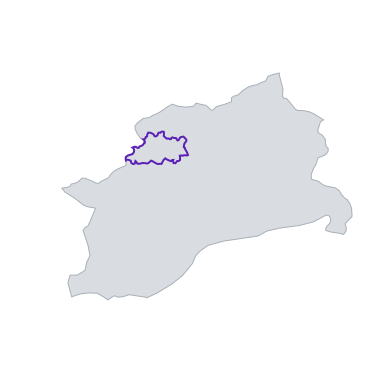 where Haskovo sits in Bulgaria, rotated 161°
{"feature_id": "BGR-2232", "entity_name": "Haskovo", "entity_type": "Province", "adm_level": 1, "iso_a3": "BGR", "parent_name": "Bulgaria", "parent_adm1": "", "projection": "natural_earth1", "projection_center": [25.843, 41.878], "detail": "fine", "context": "in_parent", "style": "outline", "palette": "violet", "viewbox_px": 384, "rotation_deg": 161, "n_neighbors": 0, "source": "natural_earth", "source_scale": "10m", "svg_char_len": 3914}
<svg xmlns="http://www.w3.org/2000/svg" viewBox="0 0 384 384"><g transform="rotate(161 192 192)"><path d="M313.8,238.0L307.4,237.0L305.1,237.3L303.7,238.8L300.7,238.5L297.0,238.5L293.1,240.2L291.0,240.9L288.1,239.4L282.8,234.7L279.5,231.4L277.1,230.6L274.7,231.6L266.0,232.7L264.0,234.6L260.0,236.7L256.0,237.7L250.2,238.4L247.2,238.3L245.5,239.3L244.1,242.4L243.1,245.4L242.3,246.6L235.1,248.1L233.5,249.8L233.1,251.5L233.2,253.2L227.5,251.5L223.0,252.6L222.0,253.9L221.1,255.8L221.6,257.7L223.2,259.7L224.8,264.9L225.3,270.1L224.4,273.0L221.1,275.1L214.3,277.4L207.7,276.3L204.7,277.2L199.9,277.5L195.3,278.2L188.4,280.3L182.2,281.5L176.5,277.2L169.9,274.2L162.9,272.5L160.4,273.8L159.4,274.8L153.5,271.0L150.9,269.6L149.7,268.1L147.2,263.0L145.8,262.8L141.0,264.7L136.3,264.6L133.5,264.3L125.2,264.5L124.1,268.0L123.0,268.5L121.2,269.0L116.8,268.8L111.1,271.4L105.0,272.9L100.3,273.0L95.4,272.2L92.5,272.8L86.2,273.1L82.1,276.8L75.9,276.6L70.7,276.0L71.3,274.8L72.5,259.8L75.2,253.1L75.1,251.8L74.6,250.7L72.3,249.7L70.7,246.0L67.3,236.6L65.4,234.6L60.0,232.6L55.3,229.9L51.4,226.3L44.1,217.4L47.9,216.5L49.0,214.7L52.8,209.8L53.2,207.4L52.8,206.0L50.4,203.6L48.8,198.5L50.1,193.7L50.2,191.2L49.0,188.8L50.4,185.7L53.0,184.1L54.7,183.6L61.7,183.3L66.3,177.2L69.0,175.2L71.8,171.8L73.1,170.5L74.3,167.8L74.8,165.1L69.3,161.2L67.4,158.4L65.0,155.2L61.7,153.0L55.0,149.2L52.4,145.3L51.3,140.4L49.6,136.6L47.6,134.1L47.3,132.1L46.5,129.7L46.4,124.9L48.1,118.4L49.1,116.2L51.4,115.6L57.5,112.1L57.8,107.8L59.0,105.1L60.9,103.5L62.7,102.5L66.0,105.0L73.9,109.0L77.8,112.0L77.6,113.8L75.7,115.6L72.2,117.4L70.2,119.7L69.6,122.7L70.1,124.7L72.5,126.5L86.9,124.2L101.5,125.4L121.1,129.4L134.1,130.7L143.8,128.9L161.6,132.2L178.2,135.3L194.1,136.3L203.0,133.8L209.3,130.5L214.7,124.4L228.0,116.2L240.9,111.6L257.8,107.9L269.0,106.7L270.6,107.9L285.0,115.4L291.4,115.4L296.6,116.8L298.5,118.7L299.8,119.2L306.7,117.4L309.7,121.5L314.6,127.2L322.7,130.2L329.9,131.9L332.2,132.1L339.9,132.0L338.9,146.4L334.4,153.1L327.5,150.8L318.7,152.7L314.1,160.3L311.5,162.6L309.2,165.2L307.7,175.1L307.5,191.3L304.1,193.3L301.1,193.9L288.4,208.1L295.8,212.2L299.1,215.2L304.5,223.7L312.2,233.3L313.8,238.0Z" fill="#d9dde1" stroke="#a8b0b8" stroke-width="1"/><path d="M244.2,243.3L244.2,243.7L244.0,244.8L243.6,245.9L243.0,246.7L240.7,247.4L235.8,247.2L233.8,248.8L233.2,250.2L233.0,251.5L233.3,252.7L233.8,253.4L232.0,253.5L231.0,253.3L230.3,252.8L229.1,251.4L228.7,251.2L228.0,251.1L227.0,252.1L224.3,252.2L223.1,252.5L221.8,253.5L221.4,253.6L221.1,253.6L220.8,253.7L220.5,254.1L220.2,254.8L220.2,255.7L220.3,256.5L220.5,257.2L220.7,257.5L220.4,257.4L218.4,258.0L217.9,259.0L217.0,259.0L216.2,259.4L215.9,260.6L214.0,262.4L211.9,261.5L209.7,259.3L209.4,258.1L209.2,256.9L207.5,256.3L205.9,257.1L205.3,258.2L204.3,258.9L203.5,258.8L202.7,258.3L201.6,258.8L200.7,258.9L199.1,258.1L199.4,256.5L200.5,254.1L199.2,251.7L198.7,251.0L198.2,250.5L197.3,250.5L196.5,250.0L195.6,249.0L194.5,249.0L193.7,249.9L192.7,250.0L191.7,249.1L189.7,248.3L189.3,247.4L189.3,246.3L188.8,245.4L187.9,245.4L187.1,245.9L186.0,247.1L184.6,247.6L182.0,247.1L180.3,243.5L180.9,241.9L183.3,240.4L184.9,237.9L185.1,236.9L184.5,236.4L184.3,235.8L184.6,235.2L184.2,233.0L183.8,231.0L183.8,228.2L184.3,228.2L185.0,228.3L186.0,228.7L187.7,229.4L188.7,229.3L189.3,229.4L189.6,229.6L190.2,230.1L190.7,230.2L191.2,230.2L191.7,230.3L192.2,228.1L192.9,226.2L194.4,225.6L196.0,226.1L198.3,224.6L200.0,225.4L200.0,226.4L199.9,227.5L199.2,228.4L200.4,228.7L201.9,228.0L203.2,229.1L205.2,231.0L206.3,232.5L208.5,231.5L210.5,229.7L211.1,229.0L211.7,228.5L212.1,228.8L215.5,229.7L218.0,232.3L219.2,233.9L220.6,235.0L222.6,234.0L224.7,233.4L228.8,235.4L233.1,235.9L234.6,236.9L234.9,238.8L235.4,239.7L236.1,238.7L237.1,237.4L238.7,237.7L239.9,239.2L239.8,241.5L240.8,242.5L242.0,243.3L243.2,243.8L244.2,243.3L244.2,243.3Z" fill="none" stroke="#5b21b6" stroke-width="2"/></g></svg>